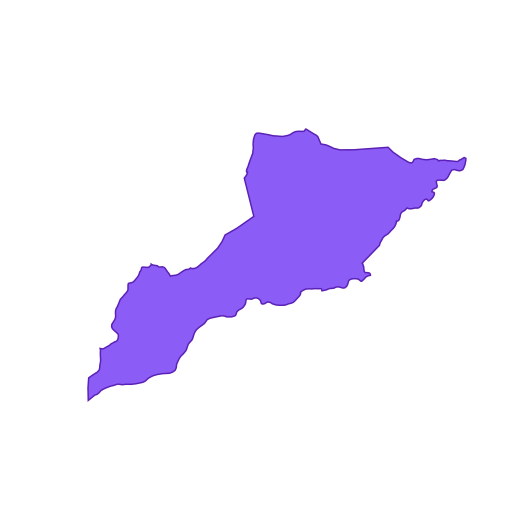 outline of Ti Rocher, Micoud, Saint Lucia, rotated 318°
{"feature_id": "8701671B31259394762981", "entity_name": "Ti Rocher", "entity_type": "district", "adm_level": 2, "iso_a3": "LCA", "parent_name": "Saint Lucia", "parent_adm1": "Micoud", "projection": "mercator", "projection_center": [-60.927, 13.818], "detail": "fine", "context": "isolated", "style": "filled", "palette": "violet", "viewbox_px": 512, "rotation_deg": 318, "n_neighbors": 0, "source": "geoboundaries", "source_scale": "gbopen_adm2", "svg_char_len": 6090}
<svg xmlns="http://www.w3.org/2000/svg" viewBox="0 0 512 512"><g transform="rotate(318 256 256)"><path d="M193.2,281.4L194.0,281.9L194.6,282.7L197.3,285.0L199.8,286.2L200.7,286.4L201.6,286.3L203.8,285.0L204.6,284.7L205.4,284.6L207.6,284.7L210.3,285.4L212.0,285.5L214.6,285.0L215.9,284.5L216.8,284.0L218.7,282.4L219.5,281.9L220.1,281.8L220.9,282.1L222.2,283.3L222.8,284.1L224.0,285.2L227.0,286.3L227.8,287.0L228.5,287.7L229.0,288.7L229.4,289.8L229.5,291.4L229.4,292.4L228.3,294.6L228.3,295.4L228.6,295.9L229.3,296.5L229.9,296.9L230.9,297.3L231.8,297.5L232.7,297.5L233.5,297.8L234.0,298.1L234.8,299.1L235.5,300.0L236.0,301.7L236.2,302.6L237.2,304.1L237.7,305.2L239.4,307.2L241.0,308.8L244.1,311.5L245.3,312.2L246.4,312.7L247.4,313.0L248.7,313.6L249.7,314.2L251.0,314.8L252.1,315.2L253.0,315.4L254.7,315.4L261.5,314.8L263.1,314.3L263.9,313.8L264.5,313.3L264.8,312.7L267.6,312.9L270.8,313.9L271.6,314.3L272.0,314.8L273.4,315.8L275.6,318.0L276.6,318.6L278.3,320.0L280.4,322.0L282.5,323.8L282.6,324.3L281.7,325.8L282.0,326.2L285.9,328.4L287.7,328.9L289.6,329.9L290.7,330.9L292.8,332.2L293.1,332.3L293.3,332.1L294.5,332.6L295.6,333.3L296.8,334.3L298.9,337.6L299.4,338.2L299.9,338.5L300.6,339.0L301.3,339.2L302.1,339.2L303.4,339.1L305.1,338.4L307.8,336.7L308.7,336.4L309.4,336.3L311.4,336.9L312.5,337.6L314.1,338.8L315.0,339.7L316.0,340.9L316.4,341.6L316.7,342.4L317.1,344.9L317.7,345.5L320.6,345.5L323.1,345.2L324.3,345.3L325.9,345.7L328.1,346.9L328.5,346.5L328.9,345.6L328.9,344.7L328.7,344.3L328.0,343.3L326.2,341.5L326.0,340.9L326.0,340.3L326.3,339.6L327.2,338.2L328.8,336.1L330.0,333.3L330.1,332.4L354.8,330.7L356.0,329.9L357.8,329.0L360.4,328.2L362.2,327.4L364.7,327.2L369.0,327.9L373.1,327.5L376.7,327.3L378.7,326.9L381.0,326.0L383.2,324.7L383.6,324.1L384.4,324.6L385.2,324.9L385.9,325.0L386.5,324.8L387.6,324.3L388.6,323.7L391.6,321.5L392.9,321.1L394.2,321.0L396.5,321.5L397.5,321.6L398.3,321.6L400.2,321.3L400.5,321.6L400.8,322.3L401.2,323.0L401.9,323.9L403.7,325.3L406.2,326.7L408.5,328.8L409.5,329.1L411.3,329.3L412.8,329.1L414.4,328.1L415.2,327.6L417.3,327.1L418.4,327.0L419.4,327.1L420.0,327.3L420.6,327.7L421.0,328.2L421.1,328.9L420.9,330.1L421.1,330.4L421.9,330.8L422.5,330.9L424.9,331.0L426.6,330.8L427.8,330.4L428.9,330.0L429.9,329.4L430.6,328.7L430.8,327.9L429.8,326.0L430.7,325.2L431.2,325.0L431.8,324.9L432.4,324.9L435.5,325.9L436.6,325.9L437.6,325.1L439.1,322.3L439.7,321.5L440.1,321.1L440.5,321.0L441.2,321.1L442.5,321.8L444.6,323.8L445.4,324.7L446.1,325.4L446.4,325.6L448.0,326.0L449.4,326.0L450.8,325.9L452.6,325.3L453.9,324.8L457.6,323.5L458.5,323.3L459.4,323.3L460.7,324.1L461.4,324.7L462.8,327.0L464.1,328.7L465.3,329.5L466.3,329.8L467.3,330.1L467.8,330.1L468.3,329.9L469.8,329.3L472.5,327.9L475.7,325.5L477.3,323.9L476.6,322.1L472.8,321.4L471.6,320.9L469.7,320.9L468.5,320.2L464.5,315.8L461.7,312.9L460.2,310.9L458.3,309.5L456.7,308.0L455.5,307.8L455.3,305.8L453.6,302.9L451.5,301.7L447.2,298.7L444.4,295.6L442.2,292.4L440.8,291.2L438.2,290.0L435.1,291.2L433.5,290.7L432.1,288.5L429.5,280.2L427.3,270.5L426.9,263.6L399.6,242.4L389.5,233.4L385.9,228.3L384.0,223.7L382.4,220.3L379.2,216.2L381.8,208.7L381.7,206.9L380.6,203.7L379.0,198.2L378.3,195.6L377.8,194.9L375.9,195.4L375.4,195.4L374.8,195.2L373.4,194.0L372.5,193.1L370.7,191.5L368.9,190.2L367.8,189.7L365.8,189.1L363.0,188.7L362.2,188.5L359.8,187.4L356.1,185.2L354.4,183.6L351.9,180.9L349.5,178.5L348.5,177.2L347.6,175.9L346.1,173.8L342.7,169.5L341.4,167.8L340.3,166.6L339.7,166.0L338.8,165.3L337.9,165.1L337.1,165.1L336.2,165.3L333.2,167.0L331.9,167.9L329.5,170.1L328.2,171.5L326.1,174.2L324.2,175.7L322.6,177.3L313.8,181.9L309.9,184.2L307.0,185.5L305.3,187.0L305.4,187.8L305.7,188.0L304.4,188.9L303.5,189.4L302.0,189.8L299.4,190.3L280.9,225.1L260.4,222.6L247.1,219.7L240.4,222.6L232.8,224.5L218.2,225.2L216.3,225.5L215.5,225.6L212.8,225.5L210.5,225.2L209.4,225.1L208.5,225.2L206.1,225.1L204.4,224.9L203.3,224.6L202.2,224.2L200.6,223.1L199.5,221.7L199.2,221.0L197.9,221.1L197.2,220.9L195.6,219.7L194.7,219.1L193.2,218.7L191.2,218.3L187.3,217.8L185.2,217.4L182.9,216.2L180.5,214.4L178.9,213.7L179.5,211.2L179.7,208.3L180.2,204.7L180.2,203.6L180.0,202.8L179.5,201.9L179.2,201.4L176.9,199.7L176.6,199.3L176.3,198.6L176.2,197.2L174.7,195.5L173.8,194.3L172.9,192.9L172.7,191.9L172.3,192.3L171.8,192.5L171.2,192.6L169.3,192.6L168.3,192.3L167.4,191.5L164.7,188.7L163.9,188.2L163.3,188.1L161.4,189.4L160.8,189.7L159.1,190.0L157.1,191.2L155.8,191.8L154.7,192.2L153.1,192.5L148.8,193.1L147.0,193.1L146.0,192.7L143.5,191.3L143.2,191.1L142.6,191.1L141.2,192.2L138.7,195.0L138.3,195.4L137.7,195.7L137.0,196.0L134.9,196.5L132.3,196.7L130.0,197.1L126.7,197.4L125.8,197.6L122.0,199.5L118.9,200.9L117.0,201.5L115.2,202.6L114.3,203.4L113.3,204.5L111.9,206.3L110.4,207.7L108.7,208.7L103.2,210.3L101.8,211.5L101.3,212.1L101.0,212.9L100.7,213.9L100.7,214.7L100.7,215.8L101.2,220.2L101.2,221.2L101.1,222.0L100.8,222.7L100.5,223.0L99.1,224.4L98.6,224.8L96.7,225.8L95.6,226.0L95.0,225.9L93.5,225.2L91.6,224.9L90.0,224.4L89.3,224.3L88.4,224.4L87.2,224.3L80.8,222.9L80.2,222.6L79.7,222.3L78.3,220.4L77.5,221.8L74.8,224.6L70.9,229.4L70.1,230.2L66.4,233.1L65.4,234.2L63.7,235.5L63.1,235.8L61.5,236.0L59.7,236.1L58.8,235.8L54.4,235.1L50.1,234.6L42.9,241.6L34.7,251.1L43.2,251.5L44.6,252.2L46.0,252.5L47.1,252.6L47.8,252.6L49.7,252.3L51.0,252.3L53.2,252.7L56.1,253.6L60.4,255.2L63.8,257.0L67.2,258.5L68.6,259.8L69.9,261.5L70.7,262.3L73.5,264.3L75.1,265.7L77.2,267.7L81.3,270.6L86.4,273.6L87.6,274.2L88.9,274.6L90.5,274.9L92.5,274.8L94.7,274.9L97.4,275.5L99.9,276.3L103.5,278.1L106.6,280.1L107.7,280.8L113.1,285.1L114.8,285.9L116.5,286.5L119.1,286.8L120.0,286.6L122.1,285.6L124.1,283.7L125.1,283.1L127.5,282.0L130.0,281.0L131.5,280.5L133.9,280.1L135.8,280.1L139.0,279.7L140.3,279.5L142.5,278.6L144.1,277.6L146.5,276.3L148.6,275.9L151.8,275.6L152.8,275.3L154.1,274.7L156.7,273.1L158.6,272.1L160.7,271.3L163.2,270.9L166.5,271.0L169.9,271.4L172.0,271.6L173.3,271.5L176.7,270.7L177.5,270.7L179.3,271.2L180.4,271.6L184.3,273.8L190.1,277.2L191.7,278.7L192.5,279.7L192.9,280.4L193.2,281.4Z" fill="#8b5cf6" stroke="#5b21b6" stroke-width="1.5"/></g></svg>